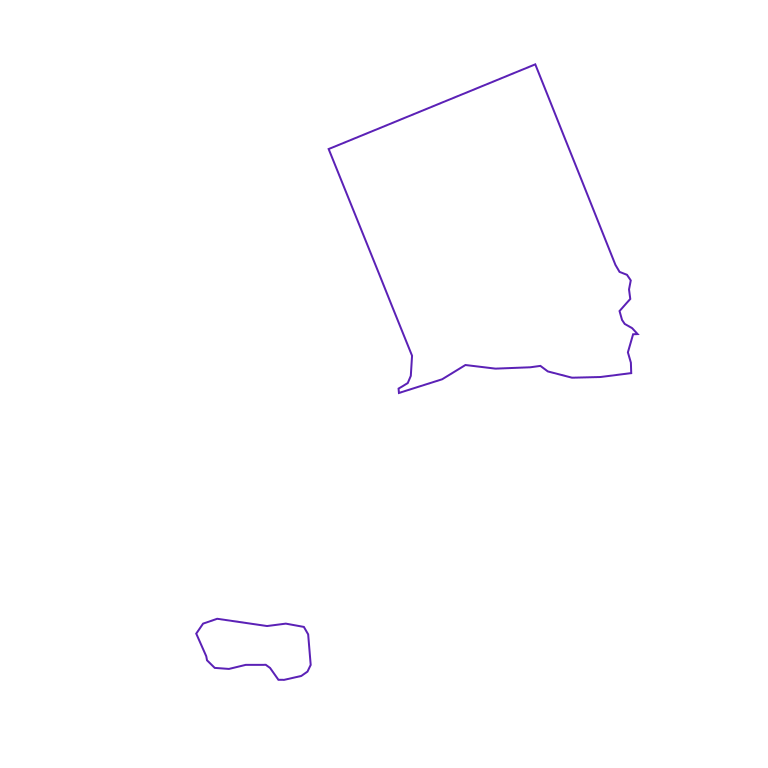 SVG path tracing the border of Equatorial Guinea, rotated 248°
{"feature_id": "GNQ", "entity_name": "Equatorial Guinea", "entity_type": "country or territory", "adm_level": 0, "iso_a3": "GNQ", "parent_name": "Africa", "parent_adm1": "", "projection": "natural_earth1", "projection_center": [9.725, 2.359], "detail": "fine", "context": "isolated", "style": "outline", "palette": "violet", "viewbox_px": 768, "rotation_deg": 248, "n_neighbors": 0, "source": "natural_earth", "source_scale": "50m", "svg_char_len": 971}
<svg xmlns="http://www.w3.org/2000/svg" viewBox="0 0 768 768"><g transform="rotate(248 384 384)"><path d="M622.6,420.7L622.8,465.0L623.0,502.4L623.2,542.9L623.4,585.1L623.6,620.9L623.7,644.0L589.9,643.9L545.0,643.7L500.1,643.6L455.1,643.4L432.6,643.3L407.7,643.2L399.7,644.4L394.2,650.2L387.6,651.6L379.9,646.6L370.6,644.2L368.1,639.1L363.4,629.7L354.2,628.7L349.5,629.7L342.8,635.0L335.3,637.8L336.8,633.6L322.0,622.0L311.3,620.9L301.5,617.3L309.4,587.3L319.4,560.7L334.3,540.6L342.2,535.8L344.7,525.9L356.5,493.1L371.1,466.6L366.6,439.7L370.1,394.5L374.3,395.8L374.9,400.0L376.0,406.4L381.5,411.9L399.7,420.6L453.7,420.6L486.0,420.7L533.7,420.7L584.2,420.7L622.6,420.7ZM194.1,116.4L198.2,117.2L222.9,116.4L229.6,126.5L228.8,141.4L203.4,184.9L198.6,203.2L188.8,218.7L180.3,219.9L151.0,210.8L146.0,205.3L144.3,197.9L147.1,180.6L149.3,175.3L163.4,172.0L167.9,169.2L175.4,150.5L177.9,133.5L184.2,120.7L194.1,116.4Z" fill="none" stroke="#5b21b6" stroke-width="2"/></g></svg>